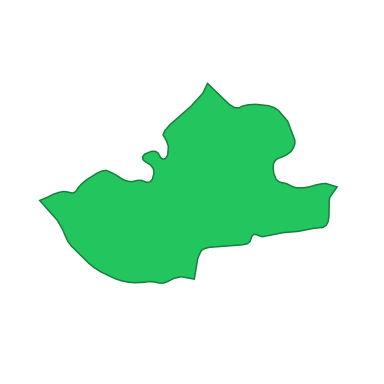 SVG path tracing the border of Bình Dương, rotated 293°
{"feature_id": "VNM-483", "entity_name": "Bình Dương", "entity_type": "Province", "adm_level": 1, "iso_a3": "VNM", "parent_name": "Vietnam", "parent_adm1": "", "projection": "natural_earth1", "projection_center": [106.657, 11.214], "detail": "fine", "context": "isolated", "style": "filled", "palette": "green", "viewbox_px": 384, "rotation_deg": 293, "n_neighbors": 0, "source": "natural_earth", "source_scale": "10m", "svg_char_len": 1696}
<svg xmlns="http://www.w3.org/2000/svg" viewBox="0 0 384 384"><g transform="rotate(293 192 192)"><path d="M168.9,264.7L165.9,263.1L162.7,258.4L147.9,229.7L144.8,225.7L141.8,223.5L136.5,223.2L132.3,223.4L112.7,228.2L109.8,215.2L105.3,209.0L99.5,204.1L97.3,201.7L96.0,199.1L95.1,196.1L94.5,192.5L93.3,189.0L91.9,186.0L89.9,182.8L85.9,174.3L84.0,168.3L82.7,161.7L82.2,155.3L82.8,139.4L84.1,131.6L86.2,124.4L95.2,101.9L97.9,97.2L103.4,91.1L106.6,88.0L113.2,79.3L124.7,55.1L130.6,60.9L135.5,65.0L139.3,69.2L142.1,73.1L143.2,76.4L144.0,80.9L144.4,82.5L145.6,83.9L147.6,84.9L151.9,85.7L156.8,87.4L162.1,90.2L172.1,97.1L176.0,100.8L178.3,104.3L178.5,107.1L178.0,115.2L176.8,121.8L176.5,125.3L176.9,129.1L178.0,132.6L181.7,137.8L182.9,140.6L183.2,146.8L184.9,149.4L188.2,150.5L194.8,149.6L198.5,147.1L200.7,143.3L201.4,138.5L202.5,134.4L205.0,132.7L208.4,133.6L213.6,138.8L215.1,142.2L214.8,145.2L211.4,149.8L210.8,152.6L212.6,154.5L216.5,155.2L224.8,152.4L228.8,148.8L231.6,145.4L233.2,143.0L237.9,143.0L245.1,145.3L270.2,157.4L286.9,163.3L298.0,163.9L287.3,191.7L286.3,198.3L287.8,202.4L290.8,204.9L294.2,209.5L297.7,216.6L301.4,228.9L301.8,235.1L300.7,240.0L294.5,252.5L279.8,266.5L276.3,267.9L272.3,268.1L268.0,267.3L263.6,264.9L259.9,261.7L256.8,258.3L253.9,256.5L250.4,255.9L245.9,257.3L241.2,259.9L236.6,264.4L235.4,267.9L235.8,271.5L236.6,275.3L236.3,282.9L236.6,286.1L237.9,289.6L240.0,293.9L243.0,298.6L246.8,303.1L250.0,307.8L252.1,311.7L253.4,323.6L240.7,320.9L236.6,322.1L223.6,327.4L218.3,328.9L213.9,328.6L210.6,326.4L206.1,318.2L197.2,305.1L190.3,292.0L178.3,274.2L177.9,270.9L177.9,268.0L177.3,265.8L175.5,264.5L168.9,264.7Z" fill="#22c55e" stroke="#15803d" stroke-width="1.5"/></g></svg>